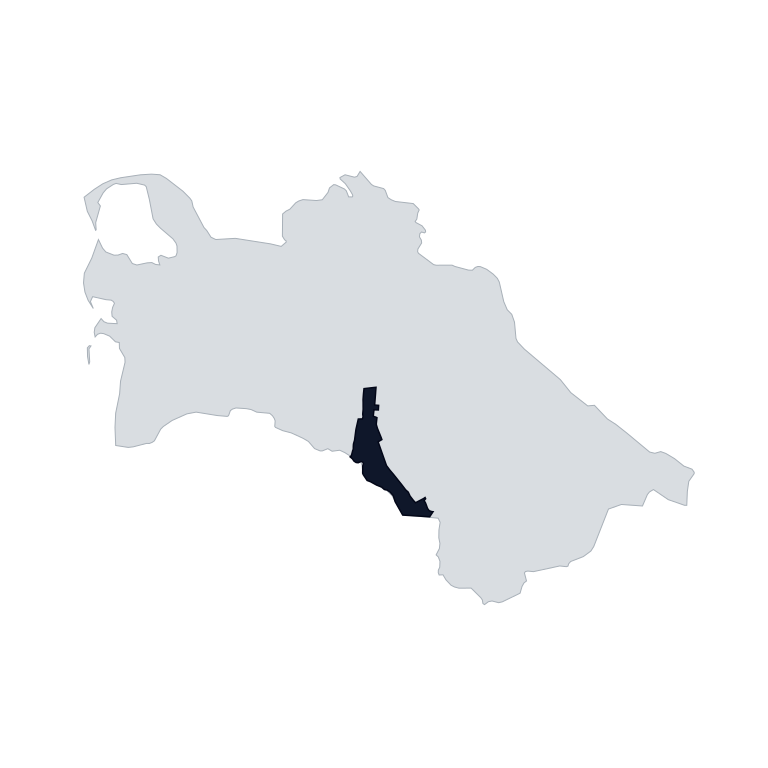 Kaka, Ahal, Turkmenistan (highlighted), rotated 6°
{"feature_id": "10190150B850620817547", "entity_name": "Kaka", "entity_type": "district", "adm_level": 2, "iso_a3": "TKM", "parent_name": "Turkmenistan", "parent_adm1": "Ahal", "projection": "robinson", "projection_center": [59.791, 37.761], "detail": "fine", "context": "in_parent", "style": "filled", "palette": "ink", "viewbox_px": 768, "rotation_deg": 6, "n_neighbors": 0, "source": "geoboundaries", "source_scale": "gbopen_adm2", "svg_char_len": 5074}
<svg xmlns="http://www.w3.org/2000/svg" viewBox="0 0 768 768"><g transform="rotate(6 384 384)"><path d="M220.9,254.7L256.5,256.5L267.4,257.9L271.9,253.1L271.7,251.9L270.1,251.0L267.5,247.6L265.4,225.5L268.5,222.3L272.1,220.0L277.3,213.0L280.1,210.9L284.1,209.1L297.7,208.6L303.4,207.2L308.3,199.3L309.3,194.7L313.1,191.0L315.1,191.0L324.3,194.2L326.3,195.8L329.3,201.6L332.8,201.3L333.3,200.3L332.9,199.0L330.3,195.4L324.6,188.8L319.0,184.7L318.6,183.3L323.4,180.0L333.0,181.4L335.5,180.4L338.0,175.1L350.7,186.9L353.1,188.1L363.2,189.7L365.0,191.3L368.4,198.2L371.9,200.0L376.2,201.3L394.2,201.5L399.9,206.1L400.8,207.2L399.7,210.4L399.4,216.6L398.0,219.1L398.9,220.1L405.3,222.7L409.1,226.7L409.5,228.4L408.4,229.5L405.4,228.9L403.9,230.8L403.9,234.0L406.1,237.0L406.7,239.8L403.6,246.2L403.6,248.9L404.6,250.4L420.9,260.1L423.5,260.4L439.3,258.7L442.3,259.7L456.1,261.9L460.0,261.6L462.6,258.5L465.1,257.3L467.5,257.2L474.1,259.2L481.1,263.3L485.7,267.1L488.0,270.6L494.5,289.6L498.8,297.3L503.8,301.4L507.3,308.8L510.5,324.9L512.4,328.2L520.0,334.7L558.9,361.2L570.7,373.1L588.9,384.5L595.5,383.2L609.8,395.4L618.9,400.0L630.6,407.4L655.3,423.9L660.6,424.6L666.3,422.3L671.5,423.6L680.8,427.9L690.8,434.3L699.2,436.5L701.7,439.3L701.8,440.8L697.3,448.9L696.9,459.1L697.8,473.0L695.5,473.2L678.8,469.3L663.0,460.8L659.3,463.6L657.5,466.4L653.8,478.3L632.7,479.0L620.3,484.9L609.6,523.7L607.2,528.5L600.3,534.8L588.2,541.0L586.4,543.5L586.0,545.9L584.5,546.6L577.8,546.6L552.2,555.0L546.6,555.0L544.3,555.7L543.4,557.2L546.3,565.0L544.0,567.2L542.4,571.0L541.2,577.8L524.4,588.3L520.9,589.5L514.1,588.5L510.6,589.6L507.0,592.9L505.3,591.9L504.4,588.5L502.6,586.4L492.0,577.9L479.8,579.2L475.3,578.5L471.7,577.1L466.1,572.3L462.6,567.6L458.8,568.2L457.7,566.0L457.5,563.5L458.6,560.4L458.2,554.5L456.1,550.3L453.7,548.5L456.3,541.8L456.3,536.7L454.6,531.3L453.9,523.4L454.3,515.7L451.9,511.8L416.4,512.1L403.7,494.2L398.4,489.9L380.8,482.3L375.9,478.2L372.0,473.8L370.9,467.7L369.0,464.0L366.2,463.5L352.4,456.4L346.9,454.5L339.4,456.3L334.9,454.2L329.6,457.0L327.4,457.2L321.7,455.5L314.8,449.0L309.0,446.4L296.8,442.3L288.2,441.0L280.6,438.5L279.8,437.6L279.6,432.1L278.6,429.9L276.4,427.2L273.4,425.1L260.4,425.3L254.5,423.3L249.7,422.9L239.3,423.3L235.9,424.8L234.0,426.5L232.7,431.8L231.5,432.6L221.5,432.8L200.1,431.6L191.1,434.3L177.1,442.4L169.0,449.3L166.6,452.3L161.6,464.5L159.5,466.3L156.8,467.7L154.0,467.9L141.2,472.7L136.3,473.8L123.6,473.2L121.0,455.3L120.2,441.0L122.1,421.3L121.7,408.7L124.2,389.5L123.5,384.8L117.2,376.3L116.4,370.4L112.5,370.1L106.2,365.1L100.0,363.2L96.8,363.1L93.9,364.5L91.8,367.4L90.4,362.9L90.6,358.2L95.8,348.5L98.9,351.3L102.6,352.4L112.3,351.9L111.4,348.5L106.5,345.1L105.7,340.8L106.1,336.2L107.5,331.9L106.1,330.2L103.9,329.1L98.7,329.2L85.1,327.6L83.4,332.7L87.0,339.3L81.0,331.7L77.0,323.9L74.6,314.9L74.4,305.1L80.2,289.4L84.9,270.2L89.9,278.3L93.6,281.8L102.0,284.1L106.0,283.6L110.4,281.5L114.7,282.2L121.1,290.5L125.8,291.5L135.7,288.3L140.4,287.5L144.4,289.0L148.6,289.0L146.9,285.1L146.2,281.3L148.7,279.3L156.4,281.4L162.6,279.2L163.8,278.2L164.5,274.9L163.7,268.4L162.4,265.6L158.9,261.7L145.4,252.4L140.9,248.7L137.1,243.9L131.3,224.8L126.9,212.6L125.1,211.2L117.1,210.2L101.9,213.1L96.6,212.5L94.0,213.8L87.7,218.9L84.7,223.3L80.4,233.4L83.3,236.6L80.4,253.6L81.6,260.8L81.1,261.3L76.7,252.3L70.9,243.3L66.2,229.6L75.5,220.7L83.4,214.3L91.8,209.5L100.6,206.4L120.0,201.4L130.8,199.6L139.4,199.3L146.1,202.3L163.9,213.3L171.5,219.5L173.7,222.0L175.7,228.0L188.6,247.2L191.7,249.9L196.6,256.1L201.6,257.9L220.9,254.7ZM89.0,392.8L88.5,395.4L86.3,387.6L85.2,379.1L86.9,376.7L88.6,376.8L86.9,379.9L89.0,392.8Z" fill="#d9dde1" stroke="#a8b0b8" stroke-width="1"/><path d="M364.6,390.7L364.6,395.8L364.8,401.8L365.2,404.9L365.5,407.8L365.9,411.2L366.0,416.3L366.6,418.7L366.2,421.0L362.1,421.5L360.9,431.7L360.8,433.7L360.6,442.6L360.6,443.0L360.4,443.9L359.9,446.9L360.0,449.4L360.2,451.5L360.2,451.9L360.2,452.2L359.8,453.6L359.3,457.1L358.7,459.8L358.1,459.6L357.9,460.0L360.4,461.7L362.3,463.9L364.5,465.0L366.6,465.0L369.3,463.4L371.1,463.9L371.9,465.3L371.4,467.9L371.8,471.6L372.1,474.9L372.8,476.3L377.3,481.7L380.8,482.6L387.2,485.3L392.4,486.7L395.4,488.9L398.1,489.1L401.3,490.8L404.9,494.1L407.4,499.9L416.3,512.4L443.1,511.3L443.3,511.3L446.1,505.9L445.9,505.9L445.8,506.0L444.3,505.8L443.2,505.5L442.7,505.5L442.6,505.4L442.2,505.3L440.3,503.2L438.9,500.3L437.7,497.9L436.1,495.8L436.1,495.7L437.4,493.8L436.7,492.6L435.3,493.8L427.9,498.7L427.8,498.8L425.4,496.7L421.6,492.7L419.4,489.0L416.6,487.0L416.5,486.9L416.3,486.7L415.0,485.3L411.7,481.8L407.6,477.7L402.9,472.9L399.0,469.2L395.0,464.9L384.9,443.6L384.2,442.2L385.4,441.2L387.7,439.5L386.8,437.6L382.1,428.8L381.2,426.6L380.7,425.5L380.7,425.2L380.5,424.9L380.5,420.2L380.5,418.2L379.3,417.8L376.9,417.3L376.9,417.0L376.7,416.9L376.7,411.0L376.8,411.0L376.8,410.7L381.1,410.4L380.9,405.8L376.9,405.9L376.8,402.1L376.6,394.5L376.5,392.2L376.5,391.9L376.4,388.1L374.9,388.4L364.6,390.7Z" fill="#0f172a" stroke="#020617" stroke-width="1.5"/></g></svg>